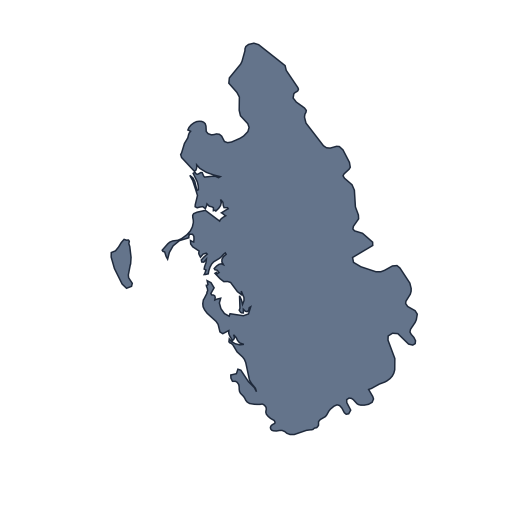 the border of Morbihan, rotated 59°
{"feature_id": "FRA-5327", "entity_name": "Morbihan", "entity_type": "Metropolitan department", "adm_level": 1, "iso_a3": "FRA", "parent_name": "France", "parent_adm1": "", "projection": "equal_earth", "projection_center": [-2.844, 47.752], "detail": "fine", "context": "isolated", "style": "filled", "palette": "slate", "viewbox_px": 512, "rotation_deg": 59, "n_neighbors": 0, "source": "natural_earth", "source_scale": "10m", "svg_char_len": 5861}
<svg xmlns="http://www.w3.org/2000/svg" viewBox="0 0 512 512"><g transform="rotate(59 256 256)"><path d="M351.1,340.7L347.8,340.4L345.0,338.9L346.8,333.4L343.7,329.8L346.1,327.8L359.9,327.2L368.0,325.2L372.6,325.5L369.0,324.6L363.0,325.5L359.0,325.5L342.1,319.7L338.6,319.2L335.7,319.5L328.5,321.6L320.2,321.6L318.2,322.2L316.9,323.2L315.6,323.4L313.3,321.6L316.6,321.1L320.5,319.0L323.8,315.7L325.5,311.9L322.1,314.8L318.9,315.3L315.7,315.0L311.9,315.8L313.7,316.1L315.1,316.7L315.9,317.8L316.4,319.7L310.8,319.7L308.2,319.2L305.9,317.7L305.5,324.5L302.5,326.0L295.1,323.7L291.5,323.9L279.9,327.4L275.7,327.8L272.3,327.5L269.5,326.2L266.5,323.7L266.0,322.6L262.6,317.1L261.8,316.8L260.9,315.3L258.8,314.4L256.3,314.0L255.6,313.7L255.9,313.3L255.8,311.9L252.0,310.6L255.7,308.3L261.7,308.3L264.9,314.0L266.5,314.0L267.7,312.5L269.0,311.9L270.5,312.3L272.5,314.0L272.7,312.2L274.0,308.0L277.4,311.6L283.1,313.2L289.1,312.7L293.8,310.0L292.1,308.0L300.7,297.6L301.8,292.3L296.8,286.7L296.8,288.4L298.9,290.4L299.2,292.2L297.9,293.6L295.1,294.3L298.3,296.2L297.3,297.6L296.3,298.2L293.8,298.3L292.6,296.7L281.6,290.6L286.2,291.1L290.6,292.5L288.0,289.2L285.4,287.7L278.5,286.7L281.6,288.4L277.0,290.3L265.6,291.4L263.3,293.4L261.4,296.8L257.0,298.5L249.7,300.1L249.7,298.3L251.2,298.3L251.2,296.2L248.3,296.6L247.6,297.1L246.7,298.3L245.2,298.3L244.3,294.9L244.1,292.0L244.8,289.8L246.7,288.4L243.5,288.3L241.2,286.8L239.8,284.2L239.2,280.7L237.5,280.7L237.8,282.9L238.9,286.5L239.2,288.4L239.2,295.2L240.0,298.1L241.9,301.2L244.4,304.1L246.7,306.1L246.1,308.0L245.8,308.9L245.2,310.0L244.6,308.9L242.3,306.1L240.5,307.2L238.5,305.4L236.1,302.4L233.1,300.1L234.4,303.9L233.2,305.6L231.2,304.9L230.1,301.2L229.3,296.8L227.9,297.2L227.1,300.4L228.4,304.2L225.3,304.0L224.0,303.6L222.5,302.2L215.6,305.5L212.1,305.8L209.0,304.2L210.4,303.4L211.9,302.2L209.7,300.5L207.1,299.1L204.7,299.2L202.8,302.2L203.8,302.6L204.7,303.6L205.8,304.2L203.4,313.7L204.6,321.8L208.3,328.4L213.2,333.4L210.2,333.3L205.5,332.2L204.1,333.4L202.7,333.4L200.1,325.3L199.7,322.7L200.2,319.6L202.3,314.8L202.8,310.9L202.2,304.3L200.7,299.4L198.3,295.6L195.1,292.5L193.0,291.3L190.5,290.4L188.5,289.3L187.6,287.6L188.1,283.9L190.8,275.9L207.4,269.2L206.5,267.8L206.1,266.2L205.9,264.1L205.9,261.3L204.8,261.9L202.2,262.8L201.2,263.4L201.1,257.4L201.2,255.5L199.9,255.5L198.1,258.5L195.8,258.0L192.8,256.7L189.3,257.3L192.4,258.3L194.5,260.4L195.9,263.4L196.8,267.3L195.7,267.5L195.5,268.2L195.2,269.2L192.6,267.6L191.0,268.6L189.3,270.4L186.1,271.2L187.0,272.0L189.3,275.0L186.2,276.3L185.1,279.0L184.4,281.6L182.4,282.8L180.8,281.7L174.0,275.0L168.4,273.6L158.7,271.4L152.8,271.2L156.8,269.8L160.7,270.1L169.5,272.9L169.5,271.2L166.0,269.3L162.1,268.1L152.8,267.3L152.8,265.2L154.8,265.0L155.7,264.4L156.0,263.0L156.0,260.3L156.8,259.2L160.5,259.7L161.9,259.4L164.8,253.1L166.8,249.7L169.6,247.8L169.6,245.7L164.8,250.5L158.7,255.5L152.0,259.0L147.3,259.9L149.0,260.8L150.4,262.0L151.5,263.4L151.5,265.2L133.3,269.1L130.2,268.3L129.3,266.7L122.7,259.4L119.6,253.6L117.1,251.1L116.2,249.9L115.4,247.8L112.9,249.5L111.3,247.2L110.2,244.0L109.9,240.6L110.2,237.7L111.3,235.2L112.6,233.3L114.3,232.0L116.4,231.4L118.9,232.0L123.6,234.5L126.4,234.1L129.2,231.8L130.3,229.4L131.0,227.0L132.8,224.7L135.6,223.7L141.6,224.1L144.2,222.0L145.7,218.3L146.9,208.9L146.8,204.8L145.2,198.9L142.2,195.7L138.3,194.9L127.8,197.1L122.5,195.4L111.2,188.4L106.0,188.1L93.9,190.3L89.6,187.1L83.6,170.3L82.0,167.8L74.5,159.9L72.6,158.6L71.2,156.8L70.8,153.5L72.5,148.2L76.2,144.9L107.8,133.0L112.5,134.5L133.3,133.4L134.9,133.7L135.9,135.0L136.1,136.4L136.0,138.1L136.3,139.9L139.7,142.8L144.8,142.2L154.1,138.2L157.1,137.9L158.5,139.1L159.7,141.1L161.9,142.9L167.8,144.7L196.2,141.4L199.5,139.9L201.7,136.9L203.5,130.4L205.1,128.2L209.8,126.8L223.9,127.7L228.5,129.5L229.6,131.6L231.0,138.3L232.1,140.1L234.9,140.1L244.4,137.0L250.3,137.8L265.1,145.5L273.6,147.1L277.0,148.9L280.7,157.2L282.7,159.0L285.2,158.6L291.4,153.0L304.2,148.9L307.1,150.5L307.0,174.0L311.7,175.7L319.3,171.6L331.3,161.3L333.8,157.1L334.5,153.2L334.8,144.2L336.8,140.1L340.4,138.8L358.5,138.1L363.7,139.7L366.1,141.2L368.2,143.4L372.0,150.8L373.8,152.2L377.4,152.0L384.8,147.8L388.9,147.7L393.2,151.4L394.9,153.8L398.4,161.3L400.5,163.2L403.2,163.3L407.1,162.6L410.8,162.9L413.1,164.7L413.1,167.5L410.1,170.6L395.6,174.4L392.5,178.8L392.6,183.9L396.1,186.2L415.4,189.8L425.0,195.7L427.4,198.2L429.1,201.0L430.1,204.2L430.5,208.1L430.4,210.4L429.3,216.3L429.0,225.3L428.4,228.2L436.6,228.3L439.1,228.9L441.2,231.8L441.1,235.9L439.6,240.0L437.7,243.1L436.1,244.7L434.6,245.5L429.1,246.6L427.1,247.6L425.7,249.4L425.8,252.2L428.4,253.7L436.9,254.2L439.0,257.8L438.1,260.2L435.8,261.0L430.7,260.7L427.2,261.4L425.3,263.2L424.9,266.4L425.6,271.1L426.5,273.5L428.6,277.1L429.4,279.2L429.3,285.2L430.2,287.7L433.3,289.6L433.8,290.5L434.4,292.2L434.2,293.1L433.7,294.2L433.7,295.3L434.0,296.5L433.6,297.8L432.9,299.1L431.4,302.6L428.7,315.2L426.5,318.8L423.8,320.9L421.4,321.7L418.9,323.5L417.6,325.8L416.5,328.7L414.7,331.2L413.5,332.2L411.8,332.5L410.3,331.9L409.4,330.7L409.1,329.8L409.0,328.5L409.1,326.7L409.1,326.1L408.3,325.3L406.4,325.1L402.7,327.2L399.7,328.2L397.0,328.6L395.1,328.1L394.2,327.5L393.7,327.1L393.3,326.6L392.4,326.0L390.9,325.3L388.4,325.6L386.9,326.3L386.2,326.8L386.0,327.1L385.3,328.9L384.0,331.1L382.3,333.7L379.1,337.5L376.6,338.8L374.3,339.1L372.2,338.9L370.0,339.0L365.8,340.0L363.7,339.9L361.7,339.1L359.6,337.9L357.3,337.0L354.6,337.2L352.9,338.1L351.4,340.6L351.2,340.7L351.1,340.7ZM206.5,375.2L209.1,376.4L215.7,376.1L217.9,378.3L217.0,383.6L211.1,385.2L193.8,383.8L182.3,380.7L178.5,378.3L179.2,373.8L177.5,369.1L175.1,364.6L173.8,360.5L175.7,358.9L176.6,357.1L178.1,357.0L180.0,358.7L182.8,359.3L192.8,363.8L198.3,367.6L198.9,368.4L206.5,375.2Z" fill="#64748b" stroke="#1e293b" stroke-width="1.5"/></g></svg>